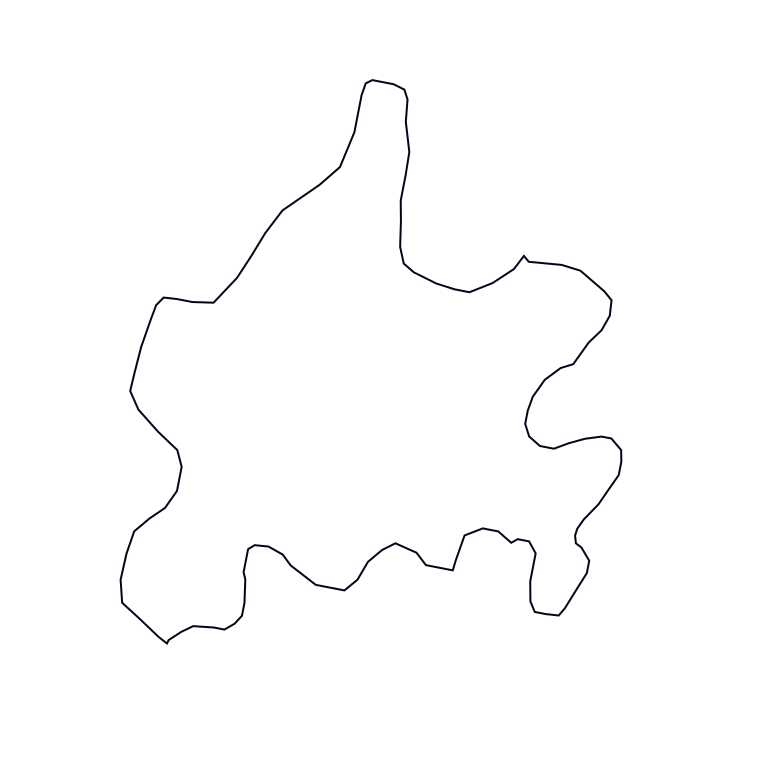 Gradsko, Mercator projection, rotated 11°
{"feature_id": "MKD-2930", "entity_name": "Gradsko", "entity_type": "Statistical Region", "adm_level": 1, "iso_a3": "MKD", "parent_name": "North Macedonia", "parent_adm1": "", "projection": "mercator", "projection_center": [21.909, 41.604], "detail": "fine", "context": "isolated", "style": "outline", "palette": "ink", "viewbox_px": 768, "rotation_deg": 11, "n_neighbors": 0, "source": "natural_earth", "source_scale": "10m", "svg_char_len": 1708}
<svg xmlns="http://www.w3.org/2000/svg" viewBox="0 0 768 768"><g transform="rotate(11 384 384)"><path d="M539.2,515.6L524.3,506.9L508.5,506.9L492.0,517.3L488.1,543.4L487.1,553.8L473.5,553.8L459.7,553.8L448.1,543.4L425.6,538.2L413.8,547.3L402.2,561.6L395.3,581.2L384.5,594.2L355.4,594.2L327.0,579.9L317.2,570.8L301.6,565.6L287.8,566.9L282.1,572.1L282.1,583.9L282.1,595.6L285.1,602.1L288.8,625.5L288.8,638.6L283.1,647.8L274.2,655.5L263.4,655.5L242.9,658.1L232.3,666.0L221.5,676.4L220.5,680.1L211.2,675.4L188.6,660.9L168.7,648.7L162.8,626.4L163.6,599.7L166.9,576.3L179.5,560.7L192.7,547.4L201.2,528.4L201.2,503.9L193.7,488.3L171.1,473.8L147.8,456.0L136.2,439.3L137.0,420.3L138.6,393.6L139.2,389.8L142.7,365.7L145.3,350.1L151.2,341.2L164.6,340.1L180.3,340.1L201.2,336.7L219.5,307.8L229.5,283.2L238.6,258.6L251.2,233.0L282.9,200.6L299.4,179.4L306.9,142.6L306.9,121.4L306.9,109.2L306.9,104.7L308.7,92.4L314.6,87.9L322.1,87.9L336.3,87.9L347.9,91.2L352.8,100.2L355.4,122.5L364.6,151.5L365.4,174.9L365.4,200.6L369.5,220.7L373.7,246.4L380.4,262.0L392.0,268.7L416.2,275.4L435.3,277.6L450.4,277.6L471.3,264.2L489.6,246.4L496.9,231.6L502.8,236.4L535.7,233.2L555.2,235.3L582.6,251.0L591.4,258.4L592.6,274.0L587.3,289.7L577.0,304.3L566.0,328.4L554.4,334.6L541.0,349.2L532.5,368.1L530.2,382.7L530.2,396.2L536.5,407.8L548.9,415.1L563.1,415.1L577.0,406.7L591.8,399.4L607.6,394.1L617.6,394.1L629.4,403.6L631.8,415.1L631.8,428.6L623.9,446.4L617.6,461.0L606.0,478.8L601.3,489.2L600.5,496.5L602.8,503.8L609.1,506.9L619.2,518.4L619.2,530.9L611.5,550.8L604.4,569.5L599.7,577.9L586.5,579.0L575.5,579.0L569.2,569.5L565.2,549.8L565.2,521.3L556.4,510.8L544.8,510.8L539.2,515.6Z" fill="none" stroke="#020617" stroke-width="2"/></g></svg>